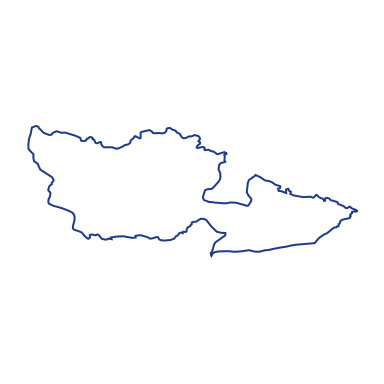 the district of Lupatapata, Kasaï-Oriental, Democratic Republic of the Congo, rotated 273°
{"feature_id": "63176286B66669834222633", "entity_name": "Lupatapata", "entity_type": "district", "adm_level": 2, "iso_a3": "COD", "parent_name": "Democratic Republic of the Congo", "parent_adm1": "Kasaï-Oriental", "projection": "equal_earth", "projection_center": [23.576, -6.023], "detail": "fine", "context": "isolated", "style": "outline", "palette": "blue", "viewbox_px": 384, "rotation_deg": 273, "n_neighbors": 0, "source": "geoboundaries", "source_scale": "gbopen_adm2", "svg_char_len": 4640}
<svg xmlns="http://www.w3.org/2000/svg" viewBox="0 0 384 384"><g transform="rotate(273 192 192)"><path d="M139.8,90.8L141.2,92.5L143.6,92.2L144.4,94.0L143.7,97.6L144.7,100.0L144.1,101.2L142.2,102.9L140.6,104.3L140.0,107.5L140.1,109.5L141.0,110.7L140.7,114.1L142.3,113.3L143.4,118.3L144.2,125.3L143.1,134.8L143.3,136.5L143.5,138.1L145.3,137.9L146.2,142.5L145.1,147.6L144.6,149.9L143.7,151.5L143.3,152.2L143.4,154.1L145.2,159.2L145.1,160.4L143.0,161.7L142.2,163.6L142.1,167.1L142.9,172.9L144.5,176.7L147.0,178.3L147.9,180.1L150.0,181.2L151.0,183.3L150.3,184.9L151.9,185.3L151.8,187.8L152.3,188.6L152.5,188.6L153.0,188.6L154.9,188.8L156.5,189.6L157.9,192.1L158.9,192.3L159.7,193.4L161.5,193.4L162.4,195.4L162.7,198.1L164.8,200.5L165.7,202.4L165.7,205.6L164.7,207.8L158.7,213.0L153.7,218.7L152.8,223.0L152.8,227.5L151.3,227.5L150.5,227.5L148.8,225.4L148.0,224.4L147.1,223.3L146.3,222.3L145.5,221.3L144.7,220.2L143.9,219.2L143.1,218.2L142.3,217.7L141.6,217.3L140.9,216.8L134.6,215.5L132.8,214.5L131.9,214.0L129.8,214.3L129.2,214.7L131.3,215.6L133.1,217.8L134.1,222.2L134.8,231.2L134.5,237.6L135.4,244.9L136.9,251.8L135.9,257.1L135.7,258.3L135.9,262.5L136.5,264.3L137.7,268.2L138.0,271.3L139.3,275.6L141.0,282.6L142.1,287.7L142.4,289.2L143.7,293.7L144.7,298.2L146.1,308.0L147.2,316.3L147.9,317.8L148.4,318.0L150.0,319.1L152.5,321.1L154.4,323.3L156.6,326.4L158.1,329.3L162.3,333.8L163.9,335.8L164.4,338.3L165.2,338.6L165.7,340.2L167.6,340.1L168.3,341.2L171.0,341.8L172.3,343.9L173.8,349.3L174.3,351.0L175.6,351.3L176.1,351.1L176.3,351.7L177.2,351.5L177.9,351.3L179.2,352.8L180.7,353.0L181.2,357.7L181.7,357.9L182.6,356.8L183.9,352.7L185.7,350.3L184.2,348.1L184.0,346.4L185.9,344.0L187.7,338.5L189.5,337.8L190.7,333.2L191.0,331.2L192.7,329.2L193.3,327.1L192.6,325.4L190.2,325.3L190.2,325.1L190.0,324.5L192.1,323.0L192.5,321.7L193.4,319.2L195.6,316.7L195.3,315.9L193.0,314.0L192.7,312.7L193.5,310.6L192.7,303.4L193.2,299.3L193.9,293.7L194.7,291.7L195.0,290.9L195.3,290.2L197.3,290.8L198.4,288.8L200.2,288.0L199.4,285.8L195.9,286.1L197.5,281.1L197.6,278.5L199.8,277.8L199.9,278.2L200.7,279.8L201.8,280.0L202.2,279.7L202.5,279.5L203.6,275.0L205.9,271.4L207.0,268.3L207.4,264.3L209.5,260.8L210.2,259.7L210.3,259.6L212.3,254.5L211.6,254.2L206.9,248.2L204.0,247.3L194.6,246.7L192.0,248.2L188.2,251.6L186.9,251.6L186.0,251.5L182.1,249.4L181.2,248.4L181.1,247.2L181.5,245.8L182.0,243.9L182.4,241.7L183.0,239.3L183.6,236.6L183.6,232.2L183.4,230.2L182.6,227.2L182.4,224.4L182.4,222.0L182.6,218.7L182.6,216.0L182.9,212.5L183.0,209.3L183.8,206.8L184.7,204.3L186.3,203.4L187.2,203.3L187.9,203.3L188.6,203.3L190.4,203.9L192.3,204.4L194.4,204.9L195.5,207.1L196.2,211.5L198.3,213.7L204.5,218.6L207.3,219.6L209.1,219.5L212.4,219.2L215.9,217.3L220.7,217.8L222.5,219.4L223.3,222.3L223.9,223.6L225.1,222.9L225.5,222.7L229.5,222.9L230.5,222.2L230.9,222.4L231.3,222.7L231.7,224.4L232.6,224.3L233.5,222.2L231.0,215.3L233.3,211.8L234.1,208.1L235.1,206.6L235.0,206.2L234.5,202.6L235.2,202.1L236.8,202.3L237.4,201.4L237.3,199.3L236.2,195.2L236.4,194.7L236.5,194.4L238.6,194.9L240.6,197.4L241.9,197.5L243.1,195.8L244.6,196.7L245.4,197.3L246.9,196.7L248.3,195.3L248.9,191.8L248.9,191.3L247.6,188.9L247.2,185.6L245.9,183.7L245.2,181.2L245.3,180.3L246.1,179.1L249.5,176.6L250.7,173.7L252.4,172.3L253.2,169.4L254.8,166.5L254.6,165.0L254.6,164.8L253.8,163.4L253.1,163.3L251.3,163.1L249.6,161.5L249.0,159.3L249.2,156.6L248.7,151.8L248.9,150.9L249.0,149.8L250.6,148.4L251.6,146.2L249.9,140.3L249.6,139.1L248.7,137.6L243.3,137.9L243.2,137.7L242.8,136.8L244.8,132.6L244.4,131.6L243.9,131.8L240.1,128.0L238.1,127.8L236.3,126.0L235.5,123.2L235.1,122.0L233.9,120.7L232.5,117.9L231.5,115.8L231.3,113.7L232.5,109.8L232.1,101.8L233.0,100.3L234.2,99.5L235.0,98.9L236.7,98.7L236.9,98.7L237.2,97.7L235.9,95.4L235.7,94.1L236.1,93.0L238.9,91.7L239.6,89.9L240.7,90.0L241.7,87.8L241.4,86.8L239.8,85.3L239.6,84.9L239.7,84.3L237.6,83.1L237.1,80.9L237.6,78.5L238.8,78.1L240.2,77.6L242.0,72.8L243.5,67.1L244.7,62.2L244.3,58.4L245.6,53.6L243.9,50.2L241.8,48.5L241.5,46.2L243.3,40.8L247.8,35.8L248.5,35.5L248.8,35.4L249.1,34.8L249.7,33.8L249.6,32.3L248.1,28.8L247.0,28.6L241.7,27.9L236.7,26.5L231.3,26.1L228.5,26.3L226.3,26.5L223.0,29.9L221.4,31.7L217.5,31.8L214.5,32.7L212.2,36.3L207.5,38.7L206.4,39.3L199.6,51.3L196.8,53.2L195.5,52.9L193.8,51.4L192.3,51.5L190.8,49.5L187.8,48.5L186.3,48.4L183.7,50.6L180.1,50.5L177.7,49.2L174.7,49.0L173.0,49.6L171.0,54.1L169.9,59.2L169.0,63.1L166.5,70.7L164.9,73.9L162.9,75.5L160.9,76.0L158.3,76.2L155.5,75.7L152.8,75.1L149.6,74.9L148.1,76.3L147.3,79.6L146.4,82.4L145.7,84.2L142.6,86.8L141.6,88.0L139.8,90.8Z" fill="none" stroke="#1e3a8a" stroke-width="2"/></g></svg>